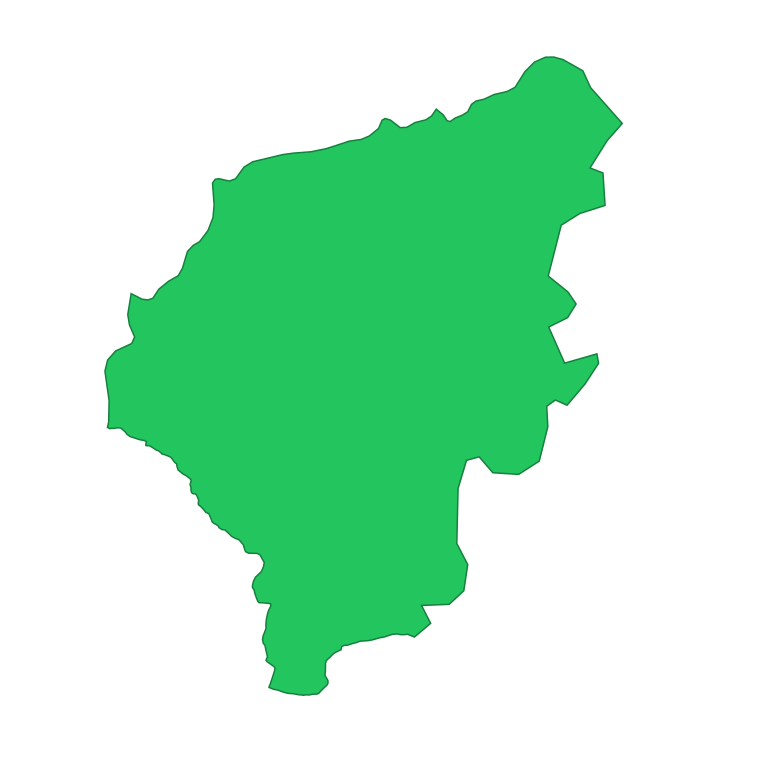 outline of Yeghegnadzor, Vayots Dzor, Armenia, rotated 350°
{"feature_id": "60910142B56159953902843", "entity_name": "Yeghegnadzor", "entity_type": "district", "adm_level": 2, "iso_a3": "ARM", "parent_name": "Armenia", "parent_adm1": "Vayots Dzor", "projection": "orthographic", "projection_center": [45.236, 39.785], "detail": "fine", "context": "isolated", "style": "filled", "palette": "green", "viewbox_px": 768, "rotation_deg": 350, "n_neighbors": 0, "source": "geoboundaries", "source_scale": "gbopen_adm2", "svg_char_len": 3551}
<svg xmlns="http://www.w3.org/2000/svg" viewBox="0 0 768 768"><g transform="rotate(350 384 384)"><path d="M150.7,251.1L143.7,271.2L143.6,281.7L146.6,294.3L142.6,300.3L125.5,304.8L116.0,312.4L111.4,322.9L110.4,352.6L106.3,373.4L104.1,378.8L104.7,379.0L105.9,380.3L106.9,380.3L110.5,380.8L114.3,380.9L117.0,381.6L119.1,384.0L120.9,386.3L122.0,388.6L123.3,390.2L125.0,391.8L127.9,393.3L133.7,396.4L138.3,398.1L140.0,399.6L138.9,402.1L138.8,403.2L140.2,403.7L142.2,404.0L143.7,405.3L145.6,406.9L148.4,409.6L150.3,410.6L152.2,412.8L153.3,414.4L155.7,415.5L158.5,417.2L160.6,418.5L162.1,420.4L162.9,422.2L164.5,425.2L165.9,426.5L165.8,429.6L166.4,433.1L167.6,434.4L170.3,437.6L173.6,440.3L176.3,443.3L177.6,445.1L176.8,446.5L175.5,449.5L176.0,451.9L175.5,454.8L175.6,457.5L176.9,458.9L179.0,459.4L180.1,460.8L180.8,463.5L181.3,466.1L180.2,470.0L180.7,471.3L182.2,472.7L184.5,476.2L186.2,479.4L188.6,481.1L189.0,481.3L189.4,483.1L189.5,483.4L190.4,487.4L190.9,490.1L192.6,492.0L194.4,493.2L196.1,495.2L196.7,496.9L198.9,499.1L200.1,499.5L202.1,500.2L203.2,501.7L204.9,503.9L207.5,507.6L210.6,510.1L214.1,512.2L216.1,515.4L217.6,518.1L217.7,519.8L218.0,522.4L218.6,525.1L221.3,527.1L224.5,527.8L226.6,528.2L229.4,528.7L232.2,530.7L233.5,534.5L233.6,534.9L235.1,538.9L233.6,542.9L230.6,547.5L223.9,551.9L221.4,555.2L219.3,560.0L219.2,561.7L220.3,564.4L220.4,567.5L221.2,572.5L222.0,576.2L222.9,577.6L227.2,578.6L231.1,579.7L234.1,580.7L234.0,582.9L231.0,586.9L229.1,590.7L227.0,596.2L225.9,600.5L225.4,604.2L223.8,606.9L221.1,611.3L220.0,614.5L220.1,618.4L221.4,620.8L221.4,621.6L221.4,622.9L221.5,625.4L221.7,629.4L221.8,632.7L220.7,634.0L219.8,635.7L220.9,637.5L223.9,640.4L227.0,643.7L227.3,645.1L226.4,647.4L223.4,653.2L219.2,660.8L218.3,662.2L218.0,662.7L218.0,662.8L221.8,665.3L226.3,667.0L231.2,669.9L235.8,672.0L240.9,673.3L246.6,675.4L248.5,675.8L250.8,676.6L252.9,676.5L256.5,677.3L259.8,677.1L263.8,677.8L266.2,677.2L268.9,675.1L272.5,672.6L275.7,670.5L276.9,668.9L277.3,666.2L276.3,663.5L275.2,660.5L276.3,657.3L277.1,653.4L277.8,649.2L279.2,646.4L281.1,645.1L283.0,644.0L284.9,642.6L287.6,640.7L290.6,639.6L293.5,638.8L295.5,638.3L296.2,636.7L296.8,635.2L299.3,634.5L302.5,634.9L308.5,634.1L312.3,633.8L315.8,633.1L319.3,633.5L323.7,634.0L327.5,634.0L330.2,633.8L335.1,633.2L340.3,633.2L343.8,632.7L348.5,632.0L353.6,632.4L356.4,633.6L357.9,633.9L361.0,634.5L363.5,634.4L370.0,638.5L388.4,627.8L382.5,608.6L409.9,612.3L426.7,601.5L435.1,576.4L428.0,553.7L438.8,499.8L452.0,473.5L465.1,472.3L475.8,490.3L500.9,496.4L523.5,486.9L537.9,454.6L540.4,434.2L549.9,429.5L560.6,436.7L582.1,418.8L598.9,400.9L598.9,391.3L565.5,394.8L556.1,356.5L576.4,350.5L587.1,338.6L581.2,325.4L564.5,306.2L586.1,258.4L606.4,250.1L632.7,246.5L636.3,214.2L624.4,207.0L646.0,183.1L663.9,168.8L638.9,128.0L634.2,110.1L616.6,95.6L608.0,91.5L599.7,90.2L588.1,93.1L577.0,100.9L564.6,114.6L555.5,117.4L542.7,118.0L531.9,120.9L523.7,121.3L518.7,123.8L513.8,130.4L508.0,132.8L500.1,134.5L494.8,137.0L491.9,135.7L489.0,129.1L488.6,128.7L483.2,122.4L477.5,128.2L471.3,131.1L460.1,131.9L451.0,135.2L444.4,134.3L436.2,125.2L431.2,122.7L427.9,123.9L423.0,131.4L412.6,137.2L404.0,139.2L392.0,138.8L368.0,142.2L352.4,142.6L336.8,141.1L336.3,141.0L335.0,140.9L323.8,140.5L293.4,142.3L283.8,146.1L273.5,156.1L266.9,157.3L257.0,153.1L253.3,153.1L250.0,156.4L247.8,178.0L244.5,190.4L237.3,202.3L227.1,211.8L220.3,214.3L213.5,219.3L205.6,235.0L200.2,241.6L189.9,245.3L178.7,251.5L171.3,259.4L166.3,260.2L160.5,258.5L150.7,251.1Z" fill="#22c55e" stroke="#15803d" stroke-width="1.5"/></g></svg>